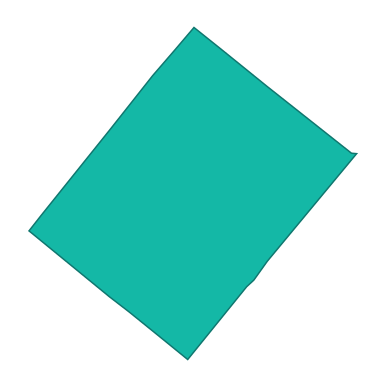 outline of Tamboara, Paraná, Brazil, rotated 219°
{"feature_id": "56859067B83324899582863", "entity_name": "Tamboara", "entity_type": "district", "adm_level": 2, "iso_a3": "BRA", "parent_name": "Brazil", "parent_adm1": "Paraná", "projection": "natural_earth1", "projection_center": [-52.482, -23.199], "detail": "fine", "context": "isolated", "style": "filled", "palette": "teal", "viewbox_px": 384, "rotation_deg": 219, "n_neighbors": 0, "source": "geoboundaries", "source_scale": "gbopen_adm2", "svg_char_len": 408}
<svg xmlns="http://www.w3.org/2000/svg" viewBox="0 0 384 384"><g transform="rotate(219 192 192)"><path d="M294.5,78.6L294.2,59.2L190.2,58.6L165.5,59.2L124.6,59.2L89.9,59.1L89.9,70.9L89.9,152.8L88.5,162.5L89.9,185.5L88.2,325.4L92.5,322.5L200.1,321.3L216.1,321.3L246.2,321.3L257.1,321.3L294.0,321.1L294.7,292.2L295.8,257.9L295.0,189.0L294.5,78.6Z" fill="#14b8a6" stroke="#0f766e" stroke-width="1.5"/></g></svg>